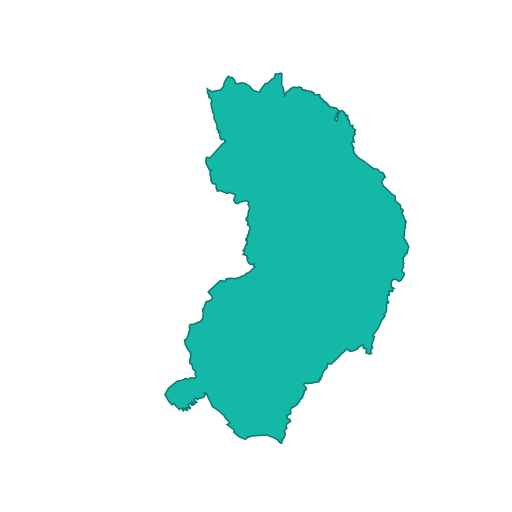 the district of Way Kanan, Lampung, Indonesia, rotated 139°
{"feature_id": "22746128B8708218473228", "entity_name": "Way Kanan", "entity_type": "district", "adm_level": 2, "iso_a3": "IDN", "parent_name": "Indonesia", "parent_adm1": "Lampung", "projection": "orthographic", "projection_center": [104.536, -4.573], "detail": "fine", "context": "isolated", "style": "filled", "palette": "teal", "viewbox_px": 512, "rotation_deg": 139, "n_neighbors": 0, "source": "geoboundaries", "source_scale": "gbopen_adm2", "svg_char_len": 6140}
<svg xmlns="http://www.w3.org/2000/svg" viewBox="0 0 512 512"><g transform="rotate(139 256 256)"><path d="M183.1,414.1L185.2,411.3L185.9,409.9L185.8,408.8L187.2,407.3L187.4,405.9L186.6,404.1L188.3,401.3L190.1,400.7L194.4,392.7L194.9,390.0L197.4,387.6L199.4,380.5L202.3,377.2L201.7,375.5L203.4,373.9L202.4,373.4L205.8,368.4L205.7,366.4L203.5,364.9L204.1,363.2L203.7,362.4L208.4,362.5L225.7,360.3L227.2,361.1L228.2,362.8L229.1,362.8L232.3,359.9L232.9,358.6L234.8,351.3L233.7,350.4L233.7,349.8L235.9,349.3L237.2,347.7L239.1,343.4L239.9,343.6L240.7,341.9L241.3,339.1L239.5,337.0L239.5,335.8L241.6,333.2L242.6,330.3L240.1,328.8L236.8,322.4L235.8,321.6L234.3,321.5L231.3,315.5L235.8,313.1L236.4,312.2L236.7,309.3L235.5,307.5L233.0,307.3L228.0,304.7L226.3,302.7L226.5,300.8L228.4,300.1L228.3,298.7L229.7,296.0L232.4,294.6L234.2,293.3L235.2,291.7L236.5,291.6L236.8,290.8L238.9,290.7L239.7,290.0L240.0,288.7L239.2,288.2L240.3,286.3L242.1,284.9L241.2,282.5L242.5,280.5L245.0,279.4L247.7,277.1L248.7,277.5L249.0,276.3L250.3,276.2L251.2,275.3L252.5,275.5L253.3,274.5L252.4,274.0L252.6,272.9L254.6,272.2L254.5,270.8L255.3,270.5L256.7,271.1L259.1,269.3L260.2,269.1L260.7,268.2L262.1,268.7L262.1,267.2L263.1,265.9L264.8,265.6L263.1,263.3L262.9,261.9L263.6,261.2L263.6,259.5L264.8,259.6L265.2,259.0L266.1,255.7L265.7,253.2L263.1,251.4L263.7,251.3L264.6,249.1L263.4,248.5L272.4,248.2L274.3,249.1L278.0,249.0L279.5,250.0L282.5,250.5L284.2,251.7L285.9,252.0L290.8,256.7L292.1,256.8L292.5,258.0L294.1,258.2L294.2,257.7L296.1,257.0L298.2,260.3L299.5,260.9L315.3,260.3L315.8,260.1L315.6,254.7L316.2,253.3L318.2,252.3L321.5,253.0L323.3,254.3L324.7,253.8L324.7,253.2L326.6,252.7L327.2,251.9L331.6,250.5L333.6,247.0L337.2,243.8L341.7,243.0L342.4,243.7L348.3,245.6L350.6,247.5L352.9,246.3L353.4,244.6L360.9,239.7L363.1,239.0L365.1,239.5L367.4,235.6L368.6,230.6L369.0,225.4L370.1,224.8L371.0,222.9L374.1,221.2L375.9,219.3L376.2,217.3L375.7,215.4L377.8,212.6L377.4,208.6L379.8,206.3L380.1,204.7L381.2,203.7L381.9,203.7L385.2,206.9L388.2,207.3L389.5,210.0L392.5,210.3L397.5,213.2L409.0,213.6L415.7,211.1L417.1,203.6L417.0,198.7L415.0,198.9L414.5,190.3L413.0,190.5L411.0,189.0L412.7,187.9L412.5,186.8L409.1,187.4L409.8,185.5L408.9,184.4L407.6,186.9L406.3,185.9L406.3,184.3L405.8,184.0L405.0,184.4L405.3,185.7L404.7,186.4L404.7,188.4L403.9,188.6L402.1,188.0L402.5,185.6L401.4,184.6L399.7,184.7L401.2,186.9L400.0,188.1L399.1,185.3L396.6,184.3L397.1,188.0L396.3,188.7L394.4,187.9L394.5,186.2L392.6,185.9L388.4,183.7L385.4,184.7L384.8,186.3L383.5,185.7L387.6,171.0L385.9,164.6L384.8,157.0L385.4,154.0L385.2,147.1L388.5,147.7L386.8,140.2L386.8,138.2L388.4,137.7L387.3,130.7L384.5,124.9L382.8,124.4L380.8,125.0L380.2,123.9L377.5,123.1L365.3,113.8L361.4,106.4L360.0,102.0L360.6,101.2L360.0,98.3L359.2,97.9L358.5,99.0L356.8,99.4L356.2,100.6L353.9,100.3L350.5,102.7L349.5,105.1L347.9,105.8L345.8,105.6L344.8,108.0L343.3,108.9L338.1,108.7L337.7,110.7L338.8,112.6L337.4,115.4L334.1,114.2L332.6,114.6L331.9,116.2L329.6,118.3L328.7,117.7L328.2,118.0L326.7,117.3L322.1,116.9L321.8,117.4L318.6,117.5L317.3,118.7L314.3,118.5L309.7,121.0L308.3,122.3L305.1,122.4L304.5,123.7L304.8,126.5L303.7,128.1L302.8,128.0L301.1,126.1L296.0,122.6L293.7,121.9L292.7,120.6L291.0,119.9L289.4,120.8L288.4,120.3L288.4,121.9L286.5,121.2L281.0,124.7L276.0,125.0L272.3,127.6L270.3,125.1L258.6,125.6L256.3,126.1L251.3,125.9L249.9,126.8L248.3,125.8L247.6,122.4L244.4,120.4L240.4,119.3L238.6,119.8L233.5,118.9L233.2,117.9L235.0,116.9L235.3,115.7L233.5,113.1L236.6,110.9L234.4,107.2L232.7,106.7L232.4,108.2L230.3,110.2L228.8,109.8L228.6,111.1L227.5,111.3L227.9,112.0L227.1,112.9L219.6,117.3L220.3,119.2L211.1,121.4L203.4,124.9L197.8,126.2L198.0,127.9L195.2,128.0L193.2,129.3L188.3,134.7L187.0,133.8L186.9,134.3L186.0,134.3L186.4,135.0L186.1,135.7L182.9,140.0L181.8,140.1L181.6,138.9L180.7,139.2L179.2,141.9L178.8,141.4L178.0,142.1L177.6,141.5L178.2,141.1L177.0,140.8L175.9,139.2L176.1,139.7L175.2,140.2L175.5,140.9L174.2,141.3L174.2,142.0L173.2,141.4L174.2,143.4L173.7,143.6L173.8,144.7L171.1,147.4L168.6,148.4L166.4,147.4L165.0,144.7L165.0,143.2L162.5,142.5L156.8,144.4L155.5,145.7L155.9,149.1L151.6,151.1L150.8,152.7L149.2,153.4L148.8,155.2L147.4,156.1L146.4,158.1L143.3,158.4L142.3,159.2L140.2,158.8L140.0,159.8L138.7,159.9L135.7,162.3L134.9,162.4L133.4,166.9L134.1,168.7L133.0,169.1L132.6,173.5L130.9,173.7L126.1,178.9L124.4,179.4L123.1,181.5L120.2,183.4L121.0,183.7L119.9,185.0L119.6,187.3L118.4,189.2L118.3,191.4L117.1,193.0L116.4,192.9L116.3,193.5L114.9,193.9L115.1,195.9L115.9,196.4L113.6,199.8L114.7,206.7L111.7,209.6L112.8,213.7L113.9,225.7L112.3,230.0L109.8,230.2L109.1,230.8L106.6,230.7L105.7,235.0L105.7,236.0L107.3,237.7L107.2,241.6L110.1,244.8L112.4,256.9L114.4,263.2L114.3,269.3L112.6,272.9L111.2,273.2L111.4,274.3L110.7,275.0L110.2,278.3L108.1,278.8L107.1,277.6L106.4,280.1L105.5,280.2L105.8,281.0L105.2,282.0L101.0,283.1L100.4,285.2L99.4,285.1L99.4,285.9L98.1,286.2L98.7,287.0L98.7,289.6L97.3,291.0L98.2,291.1L98.9,293.0L98.6,294.7L97.8,295.1L96.8,296.9L97.0,298.9L96.4,298.8L96.0,300.7L94.9,301.5L95.8,301.9L96.2,302.8L95.1,303.0L96.2,305.0L95.2,305.6L95.2,307.9L95.8,308.2L95.9,309.5L97.3,310.4L101.1,309.3L101.9,308.0L106.5,304.8L107.0,306.5L106.6,307.8L103.4,308.4L103.1,310.0L98.4,311.2L98.2,312.4L98.4,315.1L102.8,320.7L102.2,321.8L102.8,322.4L102.1,323.4L102.7,324.3L102.1,325.4L102.6,327.1L103.6,328.0L102.9,328.6L103.3,330.9L102.9,331.5L103.6,333.5L102.1,335.9L105.7,338.8L105.8,340.3L105.2,341.2L106.5,343.4L106.1,343.9L107.9,344.9L107.7,345.6L110.0,348.3L109.8,349.0L110.7,349.1L111.2,350.4L111.9,350.7L111.2,352.9L112.0,354.9L115.0,356.5L116.6,358.7L120.1,359.7L122.1,359.2L125.4,359.9L128.4,358.7L129.8,357.3L124.8,365.6L124.5,368.2L116.9,376.6L117.6,378.0L120.0,378.7L122.0,380.8L124.3,379.0L126.4,378.5L128.3,379.1L133.9,378.7L135.9,380.1L144.1,378.3L145.9,377.1L149.0,382.0L149.5,383.9L149.4,388.1L150.7,392.9L153.3,396.2L157.2,398.3L158.1,399.7L156.8,402.8L156.7,405.2L157.1,406.7L158.5,407.5L158.7,409.6L160.1,409.8L165.9,407.9L169.6,405.1L174.5,404.7L177.3,406.8L182.2,409.1L181.8,410.8L182.8,411.8L183.1,414.1Z" fill="#14b8a6" stroke="#0f766e" stroke-width="1.5"/></g></svg>